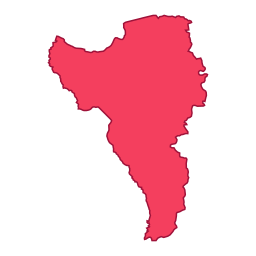 outline of Caldas Novas, Goiás, Brazil
{"feature_id": "56859067B92379395223730", "entity_name": "Caldas Novas", "entity_type": "district", "adm_level": 2, "iso_a3": "BRA", "parent_name": "Brazil", "parent_adm1": "Goiás", "projection": "robinson", "projection_center": [-48.654, -17.771], "detail": "fine", "context": "isolated", "style": "filled", "palette": "rose", "viewbox_px": 256, "rotation_deg": 0, "n_neighbors": 0, "source": "geoboundaries", "source_scale": "gbopen_adm2", "svg_char_len": 4939}
<svg xmlns="http://www.w3.org/2000/svg" viewBox="0 0 256 256"><path d="M191.0,52.4L189.4,51.6L188.2,51.2L188.8,50.3L189.0,49.3L190.2,47.9L191.2,45.8L191.8,44.3L191.5,43.1L190.5,42.2L190.4,40.3L189.9,37.9L189.1,37.1L189.4,35.3L189.5,33.2L188.3,32.5L187.1,32.3L186.2,31.2L185.6,30.2L186.7,30.2L188.8,29.9L188.4,27.1L188.1,25.6L187.9,24.1L188.9,23.3L190.5,23.0L191.6,22.4L191.2,21.3L189.6,20.5L188.2,20.7L187.4,19.9L186.3,19.1L184.6,18.7L183.7,17.0L182.1,16.9L180.6,16.9L179.0,15.9L176.6,16.4L175.6,17.5L172.2,16.2L170.4,16.5L168.0,16.5L164.1,15.4L162.2,16.3L159.7,16.7L158.3,18.3L156.0,15.4L154.9,15.4L153.2,15.4L142.5,18.0L141.1,18.4L127.0,21.9L125.3,22.4L123.6,23.6L123.8,26.1L123.7,27.5L125.3,30.6L125.4,32.6L125.4,34.6L124.3,35.9L124.2,37.1L123.3,38.5L122.6,39.4L120.8,39.4L119.4,38.9L118.3,38.5L117.1,37.8L115.4,37.8L114.5,38.8L113.8,40.2L113.2,41.6L112.8,42.6L112.2,43.6L111.2,45.4L109.7,46.7L108.0,47.6L106.7,48.1L105.2,49.8L103.5,51.2L99.5,51.7L98.0,52.1L96.5,51.9L95.2,51.3L93.4,51.3L92.0,52.3L90.6,52.5L89.2,52.2L88.0,51.9L85.6,51.5L84.5,50.6L84.6,49.4L82.4,48.8L81.0,48.5L76.1,48.2L74.3,47.6L73.2,46.9L71.9,46.2L70.8,45.9L70.0,45.4L68.1,44.6L66.8,43.8L65.5,42.6L64.3,41.6L64.3,39.9L63.2,38.7L61.6,38.1L58.2,36.4L56.8,36.2L56.1,38.2L55.4,40.4L56.8,41.1L56.0,42.0L53.0,42.6L53.1,44.7L53.2,46.0L52.4,46.8L50.8,47.8L51.0,49.1L49.4,49.6L49.2,50.9L49.5,52.4L49.9,53.7L49.4,54.7L48.9,55.9L49.1,57.3L50.3,58.1L50.3,59.2L49.0,60.3L49.4,61.8L48.5,62.7L49.8,63.9L49.4,65.2L50.4,66.3L52.9,67.1L52.2,68.2L52.2,69.4L52.9,70.6L53.6,72.2L54.8,72.7L55.8,72.7L56.9,73.1L57.9,73.8L59.0,74.9L60.1,76.0L60.0,77.6L60.6,78.6L60.8,81.5L61.5,82.3L62.0,83.7L63.2,84.8L63.0,86.8L63.4,88.2L64.5,87.9L65.5,88.2L67.1,88.6L68.4,89.7L69.2,90.7L70.8,90.3L71.7,90.7L72.0,91.9L73.1,92.7L74.4,93.5L74.5,95.1L75.1,96.8L76.2,97.6L76.8,99.0L77.6,100.6L76.4,102.5L77.8,103.5L78.5,104.4L78.1,106.1L78.5,107.3L78.3,108.9L79.7,108.9L81.3,109.4L82.4,110.0L83.9,110.5L85.2,110.5L86.4,110.5L88.0,110.2L89.1,109.9L90.2,109.4L91.0,108.8L92.4,107.2L94.1,106.8L95.8,107.3L97.3,107.0L98.4,107.1L99.7,108.3L110.2,118.8L111.6,120.5L111.3,121.6L110.8,122.6L108.8,125.2L109.0,129.5L108.8,130.7L108.2,131.8L107.4,133.4L107.1,134.7L106.9,136.1L107.4,137.6L107.8,139.1L108.3,140.3L108.7,141.2L109.6,142.7L113.0,145.3L113.2,147.1L113.6,148.9L113.5,150.2L113.6,151.8L114.8,152.1L115.9,152.6L116.2,153.7L118.0,155.1L118.4,156.3L119.7,157.6L120.3,159.6L122.4,161.6L123.1,163.2L124.8,164.5L126.6,165.4L128.9,165.6L129.1,167.1L129.7,168.6L129.7,170.7L129.1,172.6L129.5,174.0L130.5,174.9L132.4,176.8L131.9,177.9L132.9,178.6L133.2,179.9L134.6,180.6L135.0,181.9L136.2,181.8L137.2,182.4L138.2,185.7L138.9,186.8L140.6,187.3L141.6,187.4L141.4,189.0L142.7,189.5L143.1,190.9L143.1,192.6L144.4,193.2L145.4,194.0L146.0,195.0L146.1,196.6L146.5,198.4L146.2,199.7L146.2,200.9L147.0,202.2L147.9,205.2L148.9,208.1L149.2,209.4L149.8,210.5L149.7,211.6L149.7,213.2L150.4,215.4L149.0,220.2L148.7,221.3L147.1,220.8L147.1,222.4L147.9,223.2L149.1,223.1L149.5,224.7L148.3,225.9L149.4,226.8L148.5,227.4L146.7,228.1L147.8,229.7L147.1,230.9L148.1,231.2L146.6,232.6L145.3,233.8L145.5,235.3L145.0,237.0L144.4,238.0L144.6,239.4L146.1,239.0L147.5,238.0L149.1,237.2L150.4,237.3L151.4,238.2L152.0,240.6L156.0,240.6L156.8,239.4L158.1,237.9L161.2,236.6L163.7,237.4L167.8,236.2L170.1,234.8L172.9,231.5L173.9,229.7L175.3,228.5L176.8,227.6L176.5,226.1L175.2,224.3L174.7,222.8L175.7,220.4L176.4,215.8L176.4,213.6L177.0,212.5L179.8,211.7L182.5,210.2L184.8,209.4L185.1,207.6L183.7,204.2L184.0,202.3L183.9,201.1L183.3,197.9L184.9,195.9L185.3,194.5L185.0,191.9L184.8,189.9L183.9,187.9L183.0,187.0L183.4,185.9L185.6,184.0L187.0,183.1L187.8,181.6L188.0,179.5L188.7,177.6L187.9,176.2L187.8,174.5L188.3,172.1L188.0,170.5L187.4,168.8L186.3,168.0L186.3,165.6L186.2,163.5L186.5,161.6L186.9,159.2L186.0,158.0L184.4,158.1L183.0,157.5L181.0,157.2L179.9,156.7L179.6,155.1L179.7,153.0L177.5,152.1L175.3,150.1L174.0,147.8L171.9,147.8L170.3,146.9L170.5,145.1L171.7,144.3L175.1,143.7L176.1,142.8L176.7,141.4L177.0,139.7L175.5,137.2L177.7,135.7L179.5,135.8L181.4,134.6L182.8,134.5L184.8,133.8L186.0,133.5L187.8,133.6L187.9,131.9L185.5,128.6L183.9,126.0L184.1,124.9L186.8,124.6L186.2,123.4L184.3,122.3L184.9,121.0L186.4,120.3L187.8,118.0L189.9,117.4L191.4,116.2L192.0,113.0L191.6,110.1L191.6,108.9L192.0,107.6L192.6,105.8L194.0,105.3L195.5,105.5L197.3,106.2L203.5,106.0L204.6,105.3L204.1,104.2L202.9,103.4L202.8,101.3L203.9,101.1L204.9,101.5L205.8,97.5L206.4,95.5L206.2,92.5L205.6,91.1L202.8,89.2L201.3,86.5L200.9,84.3L201.8,82.9L204.2,82.0L205.0,80.4L204.9,79.0L205.3,77.2L206.8,76.4L207.5,74.6L206.6,74.0L204.7,73.9L202.4,75.1L200.2,75.1L199.1,74.5L198.6,73.2L198.6,71.8L199.5,70.8L200.8,70.5L202.6,71.2L203.5,71.3L204.6,70.2L205.3,68.9L204.9,67.5L203.1,66.3L202.6,65.0L202.0,62.6L201.8,60.5L200.7,58.1L199.2,58.5L197.9,58.6L196.5,59.1L194.8,57.0L193.4,55.5L192.8,53.9L192.4,52.9L191.0,52.4Z" fill="#f43f5e" stroke="#9f1239" stroke-width="1.5"/></svg>